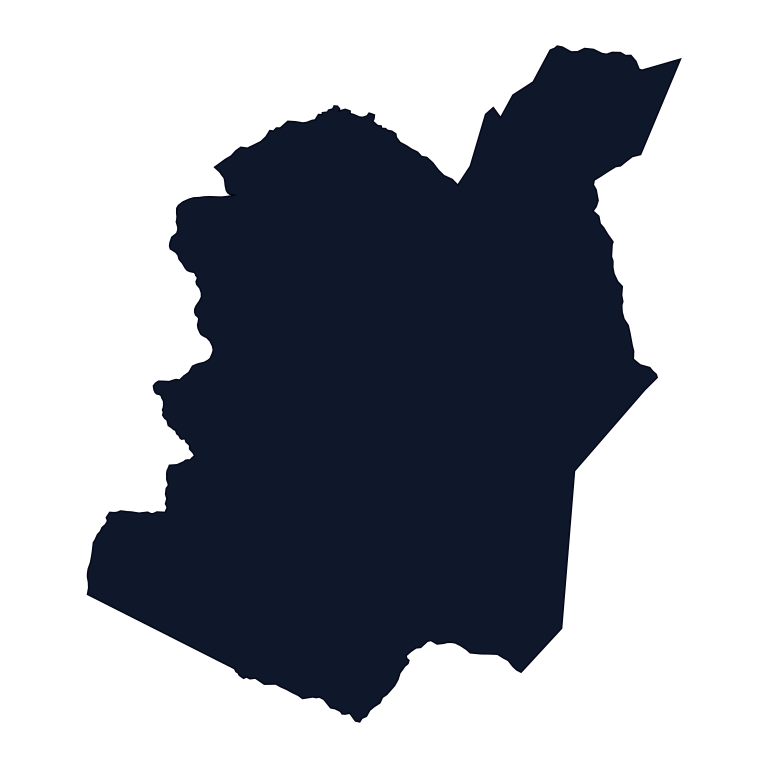 Gumine District, Chimbu, Papua New Guinea
{"feature_id": "67681753B36578207739625", "entity_name": "Gumine District", "entity_type": "district", "adm_level": 2, "iso_a3": "PNG", "parent_name": "Papua New Guinea", "parent_adm1": "Chimbu", "projection": "orthographic", "projection_center": [144.798, -6.194], "detail": "fine", "context": "isolated", "style": "filled", "palette": "ink", "viewbox_px": 768, "rotation_deg": 0, "n_neighbors": 0, "source": "geoboundaries", "source_scale": "gbopen_adm2", "svg_char_len": 4407}
<svg xmlns="http://www.w3.org/2000/svg" viewBox="0 0 768 768"><path d="M87.5,594.4L234.6,668.7L236.0,671.6L238.1,673.0L239.3,675.3L243.5,678.3L246.6,677.0L249.9,678.8L255.3,678.1L257.6,679.6L264.3,684.2L275.8,684.0L280.4,686.6L286.3,689.2L292.2,692.4L298.4,695.4L302.5,698.5L312.7,696.9L316.3,697.6L319.2,697.0L323.8,699.3L330.6,707.8L335.1,708.7L340.4,711.3L342.1,713.9L345.0,714.1L349.8,713.2L355.5,721.0L359.7,721.9L362.0,718.2L366.4,716.3L369.7,710.3L373.9,706.8L380.0,702.8L382.4,697.4L386.7,694.5L394.5,685.7L397.9,679.6L399.9,673.0L403.2,668.5L404.7,666.3L408.0,663.5L408.9,660.4L406.8,658.6L406.0,655.7L410.9,651.4L416.0,647.9L420.7,647.4L423.2,645.1L427.3,641.3L430.9,640.4L437.1,644.0L443.4,643.3L447.6,642.3L451.7,642.3L455.3,642.9L460.7,645.6L466.6,649.5L470.2,652.8L481.0,653.8L489.1,653.9L497.5,654.2L502.9,657.6L508.2,660.4L513.0,666.5L516.8,670.0L521.1,672.2L561.6,628.3L574.5,470.9L644.9,389.7L657.2,377.5L656.2,374.4L652.4,370.9L649.8,367.6L640.2,364.9L633.3,359.2L633.6,351.1L632.2,345.6L629.9,333.1L628.2,325.4L624.0,319.1L622.1,312.1L621.7,305.3L622.8,301.7L621.6,295.1L622.3,286.5L617.6,281.5L614.0,273.8L612.8,267.6L612.9,261.1L611.4,256.7L612.1,244.3L613.0,241.9L607.6,234.3L603.6,227.7L600.2,223.8L598.8,216.3L593.0,211.0L596.2,206.5L598.1,200.5L596.1,189.7L593.3,184.8L594.2,180.1L601.5,175.6L606.6,172.2L615.6,166.6L620.6,165.8L625.7,161.6L632.2,156.6L640.6,154.5L680.5,59.1L642.0,70.2L639.1,69.3L635.9,61.3L630.9,55.4L625.5,55.6L620.5,52.6L612.2,52.4L606.6,54.3L602.1,53.6L593.4,49.4L584.6,48.5L577.6,51.8L571.0,51.9L562.4,47.1L557.2,46.1L554.7,48.3L550.2,50.1L533.2,81.9L512.9,95.1L500.6,117.7L493.3,107.6L485.6,114.4L470.3,166.2L457.8,185.2L452.2,179.4L443.8,175.6L438.1,169.9L432.6,162.7L426.7,157.4L421.5,156.5L417.5,152.1L411.5,149.2L407.2,146.3L400.0,142.4L396.3,137.4L395.8,133.9L391.8,131.2L387.3,130.3L385.6,128.6L381.6,128.4L381.2,126.0L377.7,125.6L372.8,121.3L374.0,118.6L374.4,114.9L369.1,113.1L367.0,116.0L362.5,117.4L359.3,117.0L353.6,114.5L350.1,113.6L350.1,111.0L345.2,109.3L339.1,111.1L339.6,108.8L337.4,106.2L334.2,105.9L332.7,109.0L328.5,110.1L327.6,112.1L322.4,112.7L322.0,114.8L318.5,114.5L315.2,119.9L311.8,120.5L307.0,122.4L302.9,123.0L295.6,121.8L287.8,121.3L280.3,128.0L276.4,128.0L273.5,131.1L269.8,130.6L266.0,136.8L260.8,141.7L247.5,148.2L240.8,147.3L235.9,150.8L231.2,156.0L225.4,159.4L220.2,163.2L214.6,167.2L219.6,171.7L222.0,175.1L224.2,177.9L224.9,181.6L225.3,185.6L226.4,190.5L227.7,192.7L229.7,194.2L235.9,195.1L227.3,196.5L221.9,197.1L217.3,197.0L209.2,196.7L203.3,197.0L199.5,197.6L193.6,197.9L188.9,199.3L182.9,202.0L178.5,205.4L176.8,208.2L176.7,212.9L177.1,216.6L176.8,220.3L176.3,221.6L177.9,227.2L177.9,229.9L176.8,233.3L171.8,237.2L170.0,242.7L169.6,246.2L170.4,248.9L175.7,252.2L178.0,255.0L179.2,259.4L182.4,263.1L185.4,268.2L187.3,270.4L190.0,271.5L194.4,272.4L195.4,273.9L195.8,275.5L197.0,276.6L197.4,278.6L196.1,281.7L196.7,284.4L199.8,288.1L201.4,292.8L201.5,296.9L199.7,300.8L196.1,306.0L194.8,309.1L194.7,312.1L195.6,315.0L197.7,316.7L198.8,318.6L198.3,322.0L197.6,324.9L198.1,328.3L199.9,332.4L201.1,334.4L203.4,335.9L206.8,337.6L210.1,341.1L212.6,346.2L213.3,350.3L212.2,353.9L210.2,358.5L207.8,360.5L203.8,362.6L199.5,363.5L196.3,364.5L192.5,366.2L189.0,372.3L186.1,374.5L184.2,375.7L179.6,380.1L176.0,379.5L172.8,380.4L169.3,381.6L162.6,381.3L158.5,381.2L155.5,383.2L153.4,385.9L154.1,390.0L155.2,392.5L156.8,393.9L159.8,394.6L161.1,395.4L161.8,397.7L163.6,401.1L163.7,404.8L163.4,407.7L162.5,409.8L163.4,412.3L162.7,415.1L164.6,418.2L167.1,420.1L168.3,425.5L171.8,427.8L173.3,429.2L175.6,430.4L176.9,433.9L178.9,435.4L180.3,438.3L181.8,439.2L184.4,438.6L185.3,439.4L186.0,442.0L189.4,445.0L189.7,446.7L189.6,449.0L193.2,453.0L194.6,455.8L192.0,457.9L190.0,460.1L187.4,459.9L185.6,460.3L183.6,461.9L176.9,464.8L169.4,465.3L168.8,467.1L167.2,470.6L166.7,473.6L166.8,476.6L166.8,479.8L167.9,482.8L168.4,484.4L168.0,486.2L166.3,488.3L165.6,494.1L166.9,498.7L165.5,503.9L166.5,505.6L167.2,507.8L165.9,510.5L165.3,512.4L156.9,512.0L153.3,513.7L151.0,513.8L147.7,512.2L139.0,513.2L131.2,512.0L127.3,511.8L123.0,511.2L120.5,511.0L117.2,512.4L114.1,512.7L109.7,512.4L106.3,517.6L107.4,520.1L107.2,521.8L105.3,524.8L102.1,527.5L100.4,531.5L97.6,534.4L95.2,539.8L93.4,542.7L92.6,550.4L91.7,556.5L90.5,562.7L88.3,568.8L87.6,573.2L87.5,576.9L88.5,582.4L88.7,587.9L87.5,594.4Z" fill="#0f172a" stroke="#020617" stroke-width="1.5"/></svg>